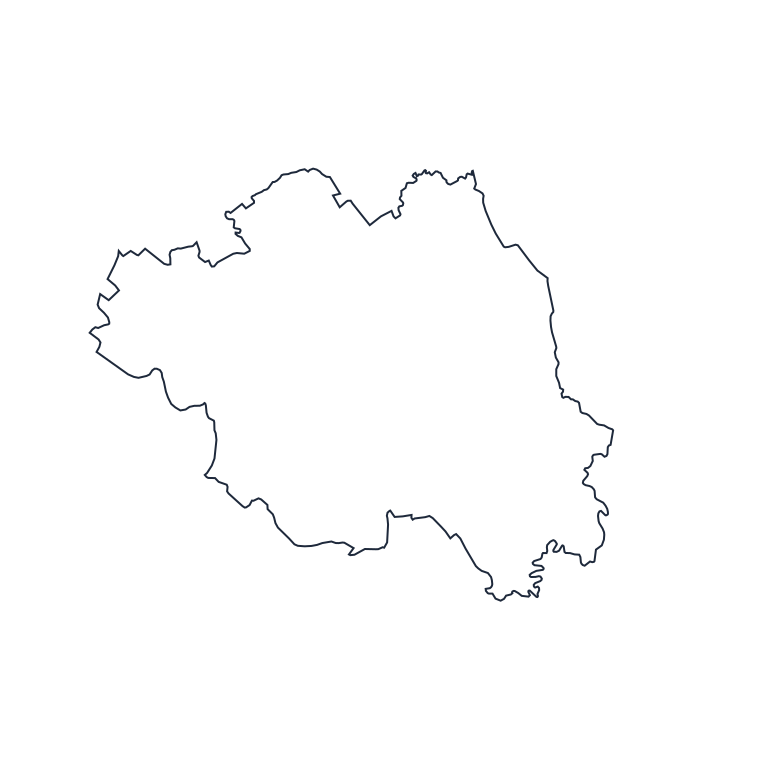 the district of Cu Mgar, Đắk Lắk, Vietnam, rotated 141°
{"feature_id": "81297802B57943820891789", "entity_name": "Cu Mgar", "entity_type": "district", "adm_level": 2, "iso_a3": "VNM", "parent_name": "Vietnam", "parent_adm1": "Đắk Lắk", "projection": "robinson", "projection_center": [108.059, 12.895], "detail": "fine", "context": "isolated", "style": "outline", "palette": "slate", "viewbox_px": 768, "rotation_deg": 141, "n_neighbors": 0, "source": "geoboundaries", "source_scale": "gbopen_adm2", "svg_char_len": 6166}
<svg xmlns="http://www.w3.org/2000/svg" viewBox="0 0 768 768"><g transform="rotate(141 384 384)"><path d="M326.3,607.4L330.3,610.1L332.2,610.7L335.1,609.7L339.0,609.4L341.9,609.9L343.4,611.0L350.6,609.0L352.7,609.0L355.3,610.2L358.1,610.3L364.1,612.1L365.5,612.0L367.9,612.8L369.3,612.6L369.9,611.5L369.8,608.1L371.0,606.6L380.8,607.4L381.0,613.3L395.6,613.5L396.2,615.6L398.3,617.1L400.5,615.8L401.5,613.9L401.7,611.5L400.7,609.6L397.9,607.3L397.4,606.1L397.7,604.8L402.2,600.3L401.8,598.8L398.7,595.3L398.6,594.2L399.1,593.3L401.0,592.4L401.6,592.6L404.0,595.1L404.9,594.1L404.4,591.1L402.5,587.7L403.5,580.6L403.4,573.4L404.6,571.9L410.6,573.2L415.9,578.4L419.2,580.1L436.9,583.3L441.9,582.3L443.9,583.6L443.8,585.5L442.5,590.2L446.3,591.4L448.1,598.7L447.5,600.5L444.2,602.7L443.4,603.8L440.4,612.1L445.5,611.5L446.4,611.8L449.7,613.9L456.7,617.1L458.9,619.2L462.4,620.2L464.7,621.5L466.9,621.1L469.3,619.4L470.9,616.3L474.7,611.4L477.1,612.8L479.2,615.7L484.5,639.5L493.9,638.6L494.8,639.8L497.1,646.8L506.1,647.5L506.4,648.7L506.4,654.3L510.2,650.6L518.8,645.9L532.8,639.5L530.9,629.7L531.1,623.5L545.2,622.4L548.0,632.5L556.6,625.9L557.7,622.2L556.8,615.6L556.7,609.4L558.6,604.9L559.6,603.8L560.8,603.9L564.5,605.8L570.9,607.4L572.6,609.8L576.4,609.9L580.5,609.0L577.8,598.2L578.2,594.7L581.8,592.0L587.2,589.8L576.8,552.5L573.9,546.9L570.9,543.3L563.5,539.7L560.2,538.9L555.6,540.4L552.7,540.3L551.0,538.9L549.4,535.8L549.8,532.5L552.0,528.9L553.6,524.4L558.3,515.3L560.4,509.3L561.9,502.4L560.9,497.1L558.9,491.6L554.2,489.0L549.5,488.6L545.1,486.4L540.8,483.0L537.4,482.0L535.5,482.2L535.2,481.3L535.9,479.5L540.0,473.3L541.4,469.4L541.5,467.6L539.3,462.6L540.0,461.1L544.9,454.7L545.8,451.6L549.4,446.0L562.6,432.8L569.1,429.0L577.5,426.2L580.5,426.1L580.4,423.3L579.7,421.6L574.5,417.2L574.1,412.0L569.6,404.7L570.3,402.5L573.5,399.3L573.7,396.8L570.8,378.1L570.0,375.6L568.8,374.9L564.7,374.5L560.0,376.5L558.9,375.4L553.5,374.1L552.1,371.6L550.7,363.4L553.2,360.0L552.4,352.7L553.5,349.3L555.9,344.2L556.8,339.2L555.0,323.7L554.5,315.8L552.8,312.5L547.8,307.8L542.3,303.8L537.3,301.1L532.0,299.2L524.0,294.7L521.6,290.8L519.4,288.9L516.0,286.9L514.7,285.6L510.9,275.6L518.5,273.6L517.9,272.2L514.4,269.9L502.7,267.8L494.2,260.6L492.3,259.2L487.8,258.0L486.9,256.7L481.3,258.9L469.3,272.2L465.8,277.5L464.7,279.8L462.2,281.8L459.5,281.9L458.8,281.7L459.4,274.0L452.7,269.3L445.0,264.9L446.9,262.8L447.1,260.5L444.8,260.2L435.8,254.6L431.8,252.9L430.5,249.1L429.4,236.7L429.0,230.8L429.6,222.3L424.6,222.5L422.4,222.0L421.9,215.9L424.2,204.8L427.2,184.7L426.8,181.4L425.7,177.3L422.2,171.7L422.3,166.6L423.6,163.7L425.8,160.3L427.0,159.3L428.6,158.7L430.2,158.7L433.9,160.8L435.0,159.1L435.0,156.2L434.4,155.1L431.6,152.8L432.4,147.0L429.7,142.2L425.9,141.5L422.3,142.7L417.9,140.6L415.9,140.6L415.7,141.4L414.9,141.9L413.6,141.7L412.7,140.9L411.2,137.0L410.3,132.7L405.5,127.8L403.5,128.1L402.7,131.5L402.1,132.2L401.2,132.2L400.7,131.6L399.5,122.6L398.8,121.9L397.8,122.3L396.9,124.2L393.1,126.2L391.9,127.9L392.0,129.8L394.6,130.7L394.9,131.3L394.8,132.5L394.0,133.7L391.8,134.1L386.6,132.5L384.9,132.6L383.8,133.5L383.6,135.9L384.6,137.2L387.8,138.8L391.2,141.5L391.6,142.7L390.9,144.0L388.3,144.1L383.2,142.9L377.5,139.6L376.2,139.9L375.8,140.7L376.1,143.5L381.1,148.5L381.5,150.5L380.9,151.6L378.7,151.9L372.5,149.5L370.7,149.9L367.7,152.4L366.8,152.6L364.1,150.3L362.2,151.5L360.2,154.6L358.6,156.1L354.2,156.8L351.3,156.3L350.5,155.9L349.9,154.2L350.2,151.2L350.7,150.6L356.8,148.4L357.5,147.7L357.6,146.8L355.5,144.9L352.9,144.3L347.3,146.3L346.7,146.1L346.5,144.8L349.4,139.9L349.1,138.3L345.8,135.5L343.2,131.7L339.7,128.5L340.3,125.9L343.2,121.5L343.6,120.3L343.5,118.3L342.4,116.5L335.6,116.4L334.3,114.5L332.8,113.7L331.9,113.9L323.5,121.9L316.3,121.5L311.1,124.6L307.7,128.2L306.3,130.3L305.1,134.1L304.3,140.3L303.5,142.4L300.7,146.8L298.8,148.6L296.7,149.4L295.2,148.8L294.6,143.0L294.2,142.2L292.5,141.8L291.7,142.1L290.5,143.7L289.1,146.5L288.4,150.0L288.3,153.8L291.2,160.5L291.3,162.3L291.2,163.2L287.6,168.4L287.2,170.1L287.4,173.2L288.5,175.4L291.0,178.5L291.8,180.6L291.7,182.0L290.0,183.4L284.0,184.5L282.2,185.5L281.7,186.9L282.3,191.2L280.7,191.9L278.2,190.4L275.2,190.4L270.2,192.8L267.9,196.4L266.6,197.0L265.4,196.9L259.8,193.5L259.0,192.4L258.4,188.7L256.4,188.1L254.5,188.9L249.8,194.1L247.9,194.7L246.2,194.1L235.1,203.8L235.1,205.1L237.2,208.5L239.0,213.3L242.3,216.9L243.5,218.8L244.5,230.5L245.5,233.3L248.1,236.6L248.6,238.7L244.3,246.6L244.5,248.4L246.1,250.4L246.9,253.2L248.3,254.4L248.7,257.8L251.2,259.9L253.3,260.4L253.7,261.7L252.1,264.8L249.7,265.4L248.3,266.9L249.7,270.0L247.2,274.8L245.1,281.8L240.8,287.1L235.9,289.6L234.7,291.0L233.8,296.4L231.3,301.2L227.4,303.5L226.6,304.8L220.9,318.4L218.3,323.2L214.7,328.6L211.9,331.8L209.2,333.1L207.2,333.4L206.2,334.4L194.6,357.0L192.2,361.1L190.2,363.3L193.4,375.6L193.4,388.8L192.7,407.6L194.1,409.5L200.8,412.1L203.8,414.0L204.5,415.4L202.5,430.6L200.3,440.3L196.1,454.5L192.8,462.5L190.5,465.5L188.1,467.6L187.5,470.1L188.8,474.3L190.6,477.6L190.9,479.1L186.7,481.5L180.8,493.8L181.4,494.0L182.6,493.3L184.1,491.4L186.6,494.9L187.8,494.9L190.3,492.9L191.7,492.6L193.1,496.1L194.5,497.0L197.0,497.1L198.4,495.7L199.4,495.7L206.9,497.2L208.2,499.0L208.4,500.4L208.3,501.8L207.3,503.0L208.4,507.2L207.2,512.4L208.3,513.9L208.7,515.5L210.1,516.7L215.4,516.3L215.9,517.4L215.7,520.2L217.9,520.5L218.7,521.4L218.7,522.0L217.2,523.3L217.4,524.3L218.2,524.5L222.5,523.3L223.3,523.4L225.3,525.1L226.4,524.5L227.7,524.8L226.7,528.2L228.7,528.5L230.6,527.9L230.8,526.4L229.6,523.4L230.2,522.0L231.0,521.5L234.8,521.9L238.2,524.9L239.9,525.6L243.9,522.8L249.0,523.2L252.0,519.3L254.1,518.9L255.4,517.8L255.0,513.1L255.3,512.3L256.8,511.1L257.8,511.1L260.3,512.4L261.9,511.9L263.3,509.8L264.3,505.6L265.4,504.9L270.8,505.5L271.1,508.2L269.2,513.8L280.8,516.2L295.1,516.4L294.9,543.9L294.5,547.4L296.8,549.2L298.4,549.5L307.2,549.2L305.0,562.6L298.3,559.5L295.8,578.9L298.4,581.4L300.0,586.1L300.2,589.5L301.4,593.0L303.6,596.0L307.1,597.1L309.3,596.8L310.5,600.8L315.0,603.1L318.7,603.9L323.2,606.5L326.3,607.4Z" fill="none" stroke="#1e293b" stroke-width="2"/></g></svg>